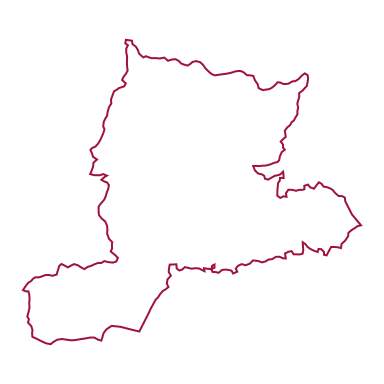 outline of Passos Maia, Santa Catarina, Brazil
{"feature_id": "56859067B50733681280020", "entity_name": "Passos Maia", "entity_type": "district", "adm_level": 2, "iso_a3": "BRA", "parent_name": "Brazil", "parent_adm1": "Santa Catarina", "projection": "albers", "projection_center": [-51.953, -26.703], "detail": "fine", "context": "isolated", "style": "outline", "palette": "rose", "viewbox_px": 384, "rotation_deg": 0, "n_neighbors": 0, "source": "geoboundaries", "source_scale": "gbopen_adm2", "svg_char_len": 4584}
<svg xmlns="http://www.w3.org/2000/svg" viewBox="0 0 384 384"><path d="M125.9,39.8L125.3,43.4L127.9,45.2L126.2,48.8L126.3,53.0L127.0,55.9L127.1,59.0L126.9,62.7L127.1,66.3L127.6,70.7L125.9,73.8L123.7,76.6L122.1,80.0L125.8,83.3L124.3,86.3L121.7,87.2L118.9,88.1L116.5,89.9L114.1,91.2L112.7,94.8L111.0,99.6L111.3,103.5L109.1,107.0L107.7,111.4L107.1,115.7L105.0,119.1L103.7,122.1L103.2,126.4L104.5,129.3L103.3,133.2L101.7,136.9L100.1,140.4L98.0,143.7L95.4,146.6L92.3,147.9L90.4,150.0L92.0,153.3L93.0,156.8L97.0,159.5L93.5,162.7L93.1,166.6L91.7,170.5L90.2,174.1L94.2,175.2L97.1,175.2L99.7,175.3L103.2,174.1L106.9,175.6L104.0,177.4L101.4,179.8L104.5,181.6L107.0,182.4L108.9,185.1L108.2,189.0L106.9,192.1L105.9,195.7L104.5,199.2L102.8,201.4L100.8,203.5L98.6,206.6L98.6,211.5L99.0,215.1L101.5,218.3L105.2,221.5L107.1,225.8L107.4,229.6L107.1,233.5L109.0,238.8L112.2,242.1L111.9,245.1L112.1,248.5L110.7,251.5L113.1,253.4L115.6,255.5L117.9,257.9L116.3,261.5L112.9,262.6L108.1,262.1L104.4,261.1L101.2,263.0L97.8,263.0L93.5,264.7L90.8,266.0L87.6,266.9L84.5,269.1L81.3,267.5L78.1,265.4L74.1,264.1L71.0,265.6L67.9,267.4L64.8,265.7L61.5,264.0L59.3,265.8L58.0,270.0L56.6,274.6L52.4,275.8L49.1,275.0L45.6,275.0L41.9,276.4L38.7,277.4L35.2,277.3L33.0,278.8L31.1,281.0L28.4,282.7L26.4,285.0L24.5,287.8L23.0,290.1L25.7,291.3L28.4,291.3L29.2,294.4L29.6,298.4L29.2,303.1L29.5,307.9L28.4,312.5L27.3,316.6L28.9,319.2L28.0,322.6L31.3,326.1L32.5,330.1L32.1,333.2L32.4,336.8L36.5,338.7L41.2,341.1L46.0,343.3L50.7,344.2L53.3,342.0L57.3,339.7L61.8,339.0L68.4,339.9L70.9,340.3L74.0,340.2L77.3,339.7L80.1,339.2L83.0,338.8L86.8,338.2L90.3,337.5L94.1,337.5L98.2,339.7L101.3,340.6L102.4,337.3L103.6,333.1L106.2,329.6L109.1,327.5L111.7,325.9L120.5,326.8L131.7,329.7L139.3,331.5L148.5,313.5L150.5,309.1L153.0,304.5L155.8,299.5L158.0,297.4L160.2,294.0L162.7,291.1L165.8,289.2L168.5,287.0L166.8,283.7L167.5,279.4L170.9,275.7L168.7,272.0L169.0,268.4L169.7,264.6L173.1,264.5L176.4,264.3L176.7,268.5L179.3,270.5L182.1,269.6L184.8,267.1L188.3,267.9L191.6,268.7L195.4,268.2L199.2,268.5L202.1,270.1L204.5,271.2L204.0,268.2L207.4,268.8L211.6,269.0L212.5,271.9L215.7,272.1L218.6,272.8L222.1,269.9L225.9,269.6L228.4,269.9L231.6,270.7L233.1,273.5L237.2,271.7L235.8,268.5L238.0,265.8L241.8,264.1L245.5,265.3L249.9,263.6L253.0,260.4L258.2,261.0L262.2,262.4L266.0,261.2L268.6,259.5L272.1,259.2L276.0,256.8L279.7,256.8L282.9,258.3L285.8,258.4L285.0,253.5L288.3,251.8L291.5,251.1L293.6,254.3L296.4,254.3L299.4,254.5L302.6,253.7L303.3,250.0L302.9,245.9L302.8,242.3L305.5,244.2L307.4,246.8L310.1,248.8L313.6,250.6L317.7,252.0L318.5,249.0L321.3,249.2L324.0,252.0L324.1,254.8L326.6,255.4L329.0,250.8L331.1,247.0L334.8,247.0L338.0,247.3L340.9,248.1L341.6,243.9L345.1,240.7L348.2,236.1L348.4,232.8L351.7,230.0L355.0,228.0L357.4,226.2L361.0,225.3L352.0,214.5L349.5,209.6L347.1,205.0L345.2,201.0L344.8,197.6L342.1,196.1L338.6,196.0L335.3,193.1L332.5,189.8L330.1,188.4L327.4,187.3L323.5,186.6L321.6,183.8L318.9,182.3L316.7,185.0L314.0,188.7L310.2,187.3L307.9,184.6L304.3,185.8L304.4,189.3L302.0,189.9L298.9,189.9L296.1,190.8L292.5,189.9L288.4,189.7L285.9,193.3L286.5,196.8L283.6,196.3L280.2,197.9L277.3,195.7L277.4,190.1L277.8,186.0L278.1,183.0L279.7,180.8L280.0,177.9L283.6,178.0L283.5,174.6L283.1,171.7L280.5,174.3L277.7,175.2L274.6,175.9L271.4,177.7L268.2,179.6L265.0,178.7L264.2,175.8L261.9,174.4L258.1,173.5L254.9,170.4L253.2,166.0L256.1,165.9L259.4,166.1L262.0,165.7L264.6,165.7L267.4,165.2L270.6,164.3L274.2,162.8L277.4,162.1L279.2,160.2L279.8,156.5L281.7,152.2L284.8,149.7L283.0,147.6L283.0,144.5L280.7,141.6L283.2,139.0L285.7,137.0L285.3,133.8L284.8,130.7L287.2,127.5L290.3,124.9L291.5,122.3L293.8,120.6L295.6,117.3L297.4,114.4L297.4,111.0L298.2,107.7L297.3,103.9L298.0,101.0L299.2,97.3L299.2,93.0L302.6,90.6L304.3,88.6L306.8,86.0L307.6,82.0L308.1,78.4L307.6,75.1L304.8,73.4L301.9,75.5L298.6,79.1L295.4,81.1L292.3,81.4L288.4,83.7L283.7,84.1L280.1,82.5L277.5,82.3L274.8,85.4L271.8,87.8L269.2,89.1L266.1,89.6L262.8,90.1L258.6,88.1L257.7,84.3L255.0,80.4L253.3,75.9L250.7,75.4L246.9,75.2L244.4,72.9L241.9,71.4L239.4,70.9L235.4,71.4L232.6,72.3L230.1,73.0L225.9,73.8L222.1,74.3L219.0,74.7L214.9,75.4L211.9,74.2L209.8,72.6L207.4,70.3L205.0,67.8L203.1,64.9L200.3,62.3L196.3,61.1L192.6,61.9L190.6,63.7L187.6,65.6L183.7,64.5L181.0,63.4L179.2,61.3L175.7,59.2L171.8,59.5L168.0,60.8L164.3,57.6L159.8,58.5L155.7,58.1L151.7,58.2L148.2,57.1L145.9,56.2L143.4,57.4L140.9,55.4L139.1,53.6L137.9,50.1L135.9,46.7L132.5,44.1L132.0,40.7L125.9,39.8ZM211.6,269.0L212.1,265.8L214.5,264.5L214.5,267.7L211.6,269.0Z" fill="none" stroke="#9f1239" stroke-width="2"/></svg>